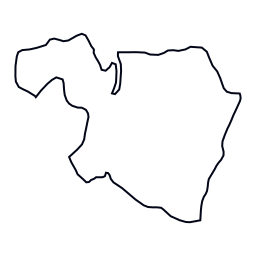 Komo-Mondah, Estuaire, Gabon (Robinson projection)
{"feature_id": "22940354B10433800471916", "entity_name": "Komo-Mondah", "entity_type": "district", "adm_level": 2, "iso_a3": "GAB", "parent_name": "Gabon", "parent_adm1": "Estuaire", "projection": "robinson", "projection_center": [9.643, 0.423], "detail": "fine", "context": "isolated", "style": "outline", "palette": "ink", "viewbox_px": 256, "rotation_deg": 0, "n_neighbors": 0, "source": "geoboundaries", "source_scale": "gbopen_adm2", "svg_char_len": 1788}
<svg xmlns="http://www.w3.org/2000/svg" viewBox="0 0 256 256"><path d="M239.7,93.5L231.4,93.1L226.8,91.7L223.8,88.3L222.0,83.3L220.2,78.1L217.2,71.4L212.6,65.7L209.2,57.8L206.8,51.7L201.8,47.6L190.5,46.8L185.5,49.4L178.4,50.9L173.4,50.2L167.9,50.5L163.8,53.0L158.2,54.9L150.0,54.5L145.0,52.6L136.9,52.2L118.0,52.3L117.9,56.1L120.8,64.1L121.1,70.7L120.2,83.8L119.2,89.5L115.0,94.1L112.0,93.4L114.1,88.2L116.0,82.5L116.3,76.6L116.5,71.1L115.7,64.3L112.0,62.9L109.6,67.2L105.6,70.7L101.6,69.8L100.0,64.8L98.0,61.1L95.7,57.4L93.7,52.9L93.9,49.5L91.2,46.0L88.7,40.9L85.6,35.4L81.8,33.8L76.7,35.7L68.3,40.5L63.4,41.2L59.2,39.9L54.2,38.6L49.9,39.6L45.9,45.0L36.9,47.8L29.8,49.4L22.2,50.1L18.2,52.3L16.8,56.5L15.5,66.0L15.4,76.2L15.9,81.7L18.8,87.0L23.1,89.3L27.6,91.4L34.9,95.9L35.8,97.2L40.9,90.7L47.3,83.9L52.0,79.9L56.3,77.4L62.6,79.4L63.6,83.0L64.1,90.1L64.7,94.9L66.7,100.5L69.1,103.6L72.3,105.8L77.8,107.6L81.8,107.7L85.9,109.8L88.0,113.4L88.5,117.1L87.2,122.9L86.1,128.6L85.0,133.5L84.2,139.3L82.0,144.4L77.2,149.6L69.1,157.0L71.3,162.2L75.8,170.2L77.6,174.3L83.0,179.1L86.3,182.3L89.0,182.0L91.2,179.9L93.9,178.9L96.2,177.2L98.2,177.3L102.6,177.2L104.9,176.2L106.0,172.7L108.1,173.1L109.7,175.3L110.8,178.9L113.5,182.4L122.2,188.2L135.6,199.6L143.7,205.3L148.0,207.0L152.0,207.3L156.9,207.3L161.2,207.8L163.4,209.5L167.2,213.0L170.7,216.2L179.6,220.2L185.9,222.0L190.0,222.2L200.3,220.3L200.9,210.3L201.3,206.2L202.2,201.2L203.8,196.9L205.8,193.8L207.0,191.0L207.7,186.8L208.1,182.5L208.8,179.1L211.0,175.4L214.6,169.4L216.5,165.7L218.6,162.7L221.1,159.8L223.5,155.4L223.6,151.8L222.9,148.9L222.2,146.0L222.5,141.4L224.8,135.0L227.3,128.9L229.5,124.5L231.5,119.9L233.5,115.0L236.3,109.1L239.9,101.2L240.6,98.6L240.4,95.8L239.7,93.5Z" fill="none" stroke="#020617" stroke-width="2"/></svg>